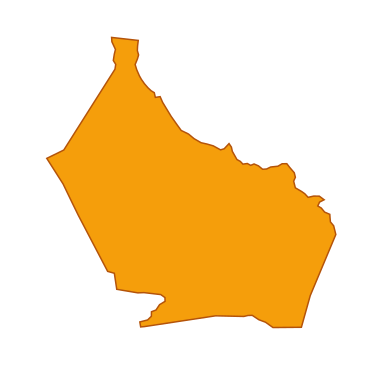 the district of São José do Campestre, Rio Grande do Norte, Brazil, rotated 99°
{"feature_id": "56859067B48903560700593", "entity_name": "São José do Campestre", "entity_type": "district", "adm_level": 2, "iso_a3": "BRA", "parent_name": "Brazil", "parent_adm1": "Rio Grande do Norte", "projection": "mercator", "projection_center": [-35.766, -6.302], "detail": "fine", "context": "isolated", "style": "filled", "palette": "amber", "viewbox_px": 384, "rotation_deg": 99, "n_neighbors": 0, "source": "geoboundaries", "source_scale": "gbopen_adm2", "svg_char_len": 1372}
<svg xmlns="http://www.w3.org/2000/svg" viewBox="0 0 384 384"><g transform="rotate(99 192 192)"><path d="M211.5,43.3L207.7,44.9L203.2,46.8L199.9,50.6L196.0,51.6L192.5,52.4L191.1,57.9L187.6,61.8L186.1,65.6L182.0,64.4L179.0,60.3L176.2,65.6L177.0,71.2L179.1,76.5L176.1,80.3L174.4,83.7L171.7,90.6L165.4,93.3L161.3,92.2L157.0,94.0L152.3,99.5L149.2,102.8L150.0,107.4L153.1,111.2L155.0,118.2L157.6,121.9L158.5,125.8L155.8,130.4L154.6,135.1L156.5,138.2L155.2,141.8L156.5,146.1L154.2,149.1L152.9,152.7L149.1,155.7L145.6,158.5L141.5,160.1L138.4,163.0L144.3,167.0L145.9,170.4L143.1,178.2L142.3,184.5L141.9,190.8L139.0,198.3L135.3,204.5L132.9,212.3L127.8,217.4L120.5,224.5L113.3,230.6L108.1,235.0L102.8,238.4L104.3,243.0L99.8,244.8L98.4,248.2L95.9,251.9L92.5,255.9L88.7,259.6L85.4,262.2L79.9,265.7L75.0,268.1L69.0,266.7L65.0,266.2L60.9,268.1L56.2,268.6L50.7,268.8L51.9,295.6L56.2,294.6L63.2,289.9L67.9,290.3L74.4,290.3L77.9,287.3L82.8,287.3L148.1,315.5L170.6,325.2L181.5,340.7L204.2,320.6L222.2,308.1L233.0,300.5L283.6,262.9L284.4,256.0L299.9,251.1L300.1,229.8L298.9,223.7L298.2,206.8L300.5,202.2L304.2,201.5L308.3,206.4L314.2,209.1L316.6,213.3L321.1,212.7L325.3,215.8L328.5,223.2L333.3,221.6L332.4,218.0L310.6,149.3L306.8,121.3L305.2,117.4L304.4,113.2L307.7,106.0L309.1,99.1L313.2,90.8L308.5,62.8L275.8,59.0L211.5,43.3Z" fill="#f59e0b" stroke="#b45309" stroke-width="1.5"/></g></svg>